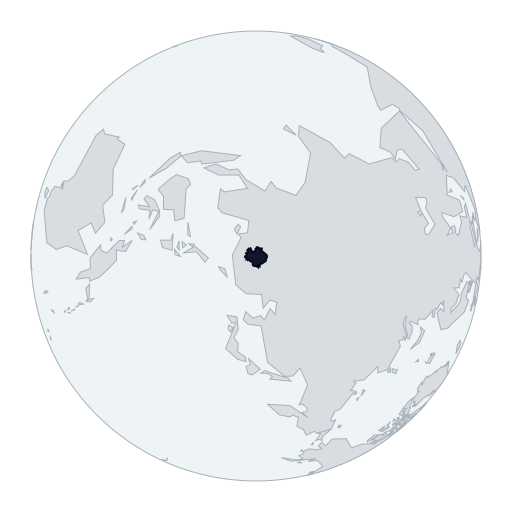 Hunan highlighted on a globe, orthographic projection, rotated 133°
{"feature_id": "CHN-1808", "entity_name": "Hunan", "entity_type": "Province", "adm_level": 1, "iso_a3": "CHN", "parent_name": "China", "parent_adm1": "", "projection": "orthographic", "projection_center": [111.592, 27.371], "detail": "fine", "context": "on_globe", "style": "filled", "palette": "ink", "viewbox_px": 512, "rotation_deg": 133, "n_neighbors": 0, "source": "natural_earth", "source_scale": "10m", "svg_char_len": 15581}
<svg xmlns="http://www.w3.org/2000/svg" viewBox="0 0 512 512"><g transform="rotate(133 256 256)"><circle cx="256" cy="256" r="225" fill="#eef3f6" stroke="#a8b0b8"/><path d="M457.3,348.0L457.0,349.2L456.8,349.5L457.3,348.0ZM383.6,70.4L380.9,68.6L380.7,68.4L383.6,70.4ZM377.6,66.3L376.2,65.5L376.7,66.1L378.0,67.2L364.4,63.6L363.5,71.3L370.7,78.0L363.2,73.8L382.0,90.2L386.3,100.0L376.8,86.5L372.3,83.4L372.9,88.5L368.4,86.5L366.1,88.0L360.6,85.4L355.5,78.4L351.9,76.8L352.5,80.6L347.5,80.9L347.1,75.5L338.2,75.6L328.0,65.4L331.3,55.4L321.0,50.0L312.2,41.0L308.4,40.7L302.7,38.0L296.2,36.8L296.4,36.1L291.1,35.8L292.1,36.8L290.1,37.1L286.3,36.7L286.0,35.5L287.8,35.5L285.7,35.0L287.2,34.7L284.3,34.6L284.3,33.6L278.8,34.1L274.2,32.9L275.7,32.4L282.7,33.1L303.7,35.9L305.4,36.2L320.6,40.2L335.5,45.2L350.0,51.3L364.0,58.3L377.6,66.3ZM273.6,31.4L271.6,31.3L273.6,31.4ZM468.9,186.5L467.1,182.4L467.9,183.1L468.9,186.5ZM466.2,181.2L466.8,182.3L466.3,181.7L466.2,181.2ZM466.0,181.6L466.1,181.4L466.1,182.2L466.0,181.6ZM465.9,182.8L465.8,182.0L465.9,182.3L465.9,182.8ZM465.0,183.2L464.7,183.2L464.5,182.0L465.0,183.2ZM379.3,68.2L377.2,66.4L378.4,66.9L380.7,68.5L379.3,68.2ZM376.3,68.5L374.0,66.7L378.8,68.9L378.6,69.2L376.3,68.5ZM376.9,83.7L376.0,81.0L378.4,84.4L376.9,83.7ZM366.7,88.7L368.4,90.2L366.5,90.5L366.7,88.7ZM279.9,32.0L282.6,32.3L284.0,32.5L282.3,32.3L279.9,32.0ZM356.4,86.9L352.8,87.1L355.6,85.6L356.4,86.9ZM276.2,31.7L286.0,32.8L288.4,33.2L283.8,33.0L276.2,31.7ZM350.2,86.4L341.6,87.6L344.6,90.8L331.2,83.0L342.9,84.2L345.9,81.7L346.8,84.5L350.2,86.4ZM294.0,37.3L292.8,36.3L297.3,37.6L294.0,37.3ZM297.4,38.2L314.2,43.0L314.2,44.7L308.6,42.5L311.4,45.6L303.1,44.0L299.8,42.0L301.4,41.1L297.0,41.3L297.4,38.2ZM325.2,78.7L322.3,78.2L324.3,77.5L325.2,78.7ZM289.6,37.4L293.0,38.0L293.3,39.5L286.5,38.6L288.6,38.4L289.6,37.4ZM316.1,47.4L315.1,48.6L308.2,47.5L306.9,47.9L302.9,44.2L316.1,47.4ZM286.6,37.8L283.1,38.1L279.6,37.1L286.3,36.9L286.6,37.8ZM296.2,40.4L296.0,41.2L293.9,40.4L296.2,40.4ZM265.1,34.6L269.1,34.9L269.6,35.6L265.1,34.6ZM282.0,38.3L283.2,38.7L283.9,39.1L280.9,39.2L282.0,38.3ZM298.3,43.9L295.6,43.3L299.6,45.3L294.5,45.0L292.8,42.6L291.4,43.5L289.9,43.4L290.2,41.7L298.3,43.9ZM279.8,40.7L275.9,38.2L268.2,37.2L267.6,36.4L280.0,38.2L279.8,40.7ZM285.9,41.4L281.9,40.7L283.1,39.9L286.6,39.8L285.9,41.4ZM291.7,45.7L299.9,46.8L300.0,47.3L291.7,45.7ZM277.3,40.5L278.3,41.2L276.6,40.5L277.3,40.5ZM287.0,44.2L289.9,44.4L289.9,45.0L287.0,44.2ZM277.9,42.4L276.6,41.5L278.9,41.3L277.9,42.4ZM281.9,43.3L281.2,44.1L280.5,41.8L283.2,43.3L281.9,43.3ZM286.6,44.7L287.5,45.1L285.4,44.5L286.6,44.7ZM269.9,43.9L268.5,41.1L273.5,40.6L274.3,43.3L269.9,43.9ZM86.0,108.2L80.9,117.4L78.9,120.8L72.4,128.0L61.6,151.3L66.7,147.4L64.2,164.7L67.2,171.8L81.1,157.5L76.3,145.3L82.6,135.2L92.2,138.0L97.5,149.8L100.1,146.4L102.8,132.9L110.2,130.2L104.5,128.0L102.3,132.9L98.6,131.9L100.5,127.5L103.0,126.5L103.1,122.0L91.0,128.7L87.5,134.4L84.1,128.1L77.8,137.3L74.7,138.6L84.2,123.7L88.0,120.1L100.5,102.1L96.2,105.2L84.1,122.7L85.1,119.7L79.3,125.1L84.5,118.7L98.9,99.8L99.9,95.4L91.4,102.2L112.9,82.0L106.9,87.9L111.8,84.2L122.5,75.6L119.2,78.9L122.6,76.6L120.5,79.5L126.5,78.0L125.8,80.8L136.8,75.3L137.9,76.3L131.1,79.0L125.9,82.9L125.0,91.2L127.4,91.4L134.7,87.4L133.5,90.7L140.7,85.8L144.4,89.5L145.8,81.3L154.4,77.4L161.4,77.4L164.5,74.9L153.1,75.0L148.3,76.6L143.8,80.1L131.0,84.2L129.4,82.5L143.8,73.4L143.1,70.4L154.5,65.5L178.3,66.7L183.8,70.5L174.6,84.5L168.3,85.4L168.5,80.6L160.3,88.6L164.8,86.2L163.8,89.2L171.8,87.0L171.5,89.1L179.6,83.9L180.1,86.2L175.0,89.5L187.2,89.3L190.6,93.9L193.5,93.0L195.7,90.6L198.6,98.6L200.6,97.6L200.4,94.5L204.3,90.7L212.3,87.2L212.9,90.1L210.1,91.8L205.0,100.0L197.5,104.5L198.5,105.4L205.2,102.3L211.4,92.1L216.0,89.3L214.0,94.0L215.1,92.0L217.6,91.6L220.6,94.1L223.3,89.0L250.0,82.4L258.4,87.3L253.7,91.7L272.9,92.4L281.0,99.2L280.8,96.1L289.9,95.3L287.5,93.0L288.1,91.6L310.4,90.0L316.0,92.4L325.4,89.6L325.3,88.2L321.6,86.1L331.2,83.0L344.6,90.8L344.1,93.5L352.8,97.2L350.5,103.0L352.6,109.9L345.0,115.0L347.4,120.6L350.6,121.5L356.1,130.3L356.6,146.4L342.3,129.3L338.8,107.3L339.0,115.5L334.8,112.7L332.3,115.2L332.8,121.5L335.5,122.8L315.0,130.3L307.9,147.5L318.5,147.1L324.5,152.9L325.7,175.3L303.6,204.6L311.4,215.2L311.4,221.8L303.8,225.6L303.4,215.8L296.2,211.9L297.2,206.2L284.8,209.9L285.7,201.9L275.6,209.3L278.8,215.9L289.4,215.1L280.3,225.7L290.3,237.6L290.8,251.2L271.6,273.8L253.0,279.4L251.8,283.6L244.8,278.1L234.9,285.4L247.4,310.2L246.8,316.9L231.0,327.8L230.8,322.9L212.3,308.3L208.4,323.7L222.4,338.7L227.1,354.2L216.1,348.2L211.3,334.3L204.8,328.7L207.0,315.3L202.3,293.7L191.2,295.7L192.5,287.4L184.4,268.2L168.7,270.3L143.5,286.3L139.4,306.7L131.1,313.3L122.5,279.3L124.1,258.1L117.6,257.6L111.6,236.0L91.4,223.7L91.6,217.5L87.1,217.5L83.4,208.2L84.8,198.3L81.2,195.9L78.2,222.2L82.4,224.9L90.2,220.0L88.3,228.4L92.2,239.3L77.0,251.6L52.0,249.9L54.7,233.9L62.3,182.5L65.0,178.8L65.2,178.3L65.6,177.3L61.0,182.8L64.1,173.3L54.5,206.4L50.7,219.0L51.6,250.5L50.3,251.9L52.1,259.6L64.3,264.2L63.2,269.1L54.3,286.8L42.0,303.5L46.6,326.3L50.7,343.1L49.6,346.0L56.4,360.4L56.4,360.5L49.5,346.1L43.7,331.4L38.9,316.3L35.2,300.8L32.6,285.2L31.1,269.4L30.7,253.5L31.5,237.7L33.3,221.9L36.3,206.3L40.3,191.0L45.4,176.0L51.6,161.3L58.7,147.2L66.9,133.6L76.0,120.6L86.0,108.2ZM97.8,172.0L104.4,179.2L110.5,165.8L113.5,167.6L114.5,162.7L110.9,164.8L114.6,152.0L120.7,151.9L124.6,147.0L122.5,144.4L110.8,146.8L105.3,164.8L100.0,167.6L97.8,172.0ZM143.5,63.0L139.9,65.5L136.3,67.1L137.4,65.2L142.5,62.7L143.5,63.0ZM135.5,68.9L149.5,61.3L149.4,62.7L147.1,63.1L145.6,64.8L141.5,66.0L127.8,75.4L123.7,77.6L127.8,71.9L128.7,72.3L132.2,69.6L135.5,68.9ZM185.2,44.8L191.3,43.1L183.3,48.2L178.6,49.4L179.3,47.1L185.3,44.5L185.2,44.8ZM266.2,31.8L269.1,31.9L269.2,32.0L266.9,32.1L266.2,31.8ZM255.4,30.7L266.8,31.1L273.0,31.5L265.1,31.2L262.4,31.6L263.2,31.9L270.0,33.3L282.2,34.9L281.5,36.1L277.8,36.6L274.8,36.3L276.2,35.5L271.2,35.8L270.8,34.5L266.9,34.6L254.0,32.2L256.6,32.0L245.9,31.6L248.5,31.0L255.4,31.2L249.4,30.8L256.7,30.8L253.7,30.7L255.4,30.7ZM219.2,33.7L227.1,32.7L234.2,32.7L232.7,34.2L237.4,33.4L238.0,34.0L234.1,34.4L240.6,34.3L240.0,35.0L246.4,36.8L256.1,36.9L258.6,37.8L254.6,38.1L260.0,38.9L254.0,40.3L255.7,41.1L251.6,43.7L242.8,44.3L245.3,45.2L242.3,47.6L235.0,48.7L237.8,46.5L227.7,49.5L227.3,47.1L226.1,47.7L223.0,46.4L217.2,46.1L218.1,44.9L215.4,45.3L213.3,44.8L210.0,45.0L210.4,43.3L206.3,43.6L208.8,42.6L201.8,43.7L207.2,42.2L205.0,41.7L200.9,43.4L211.2,36.2L211.3,35.4L208.7,35.8L219.2,33.7ZM268.5,44.5L258.0,45.2L252.7,44.4L262.2,40.4L261.5,39.5L267.3,37.5L275.0,38.9L272.6,39.2L272.0,40.0L269.9,39.2L271.2,40.4L268.0,41.0L268.1,42.2L264.7,42.0L268.5,44.5ZM81.0,119.7L80.2,121.6L80.0,123.6L76.3,127.3L81.0,119.7ZM90.5,106.7L90.5,107.5L85.1,113.0L85.9,111.3L90.5,106.7ZM95.0,103.5L90.9,107.1L93.6,104.2L95.0,103.5ZM131.5,79.8L132.0,80.7L130.3,81.9L127.9,82.7L131.5,79.8ZM204.7,59.4L207.2,57.7L208.5,57.9L216.3,55.6L217.2,57.5L212.8,59.6L204.7,59.4ZM77.7,158.2L74.2,159.3L74.9,156.6L75.9,156.8L77.7,158.2ZM73.2,142.3L72.1,148.0L72.2,143.3L73.2,142.3ZM207.0,61.1L210.1,59.8L208.7,61.6L207.0,61.1ZM218.3,58.9L217.3,60.8L218.2,57.5L218.3,58.9ZM155.1,456.5L159.8,458.9L157.1,457.8L155.1,456.5ZM65.7,356.8L71.6,380.8L67.3,376.4L62.0,366.6L56.7,350.5L60.2,350.5L60.8,344.7L65.7,356.8ZM284.5,390.5L291.4,391.3L291.2,392.2L284.5,390.5ZM277.3,387.4L285.2,387.8L276.0,389.3L277.3,387.4ZM288.3,387.9L296.3,386.2L299.7,384.7L299.1,386.5L288.3,387.9ZM272.0,387.3L243.1,385.5L231.7,382.1L234.4,379.1L252.7,381.4L272.0,387.3ZM233.5,378.9L216.2,367.6L193.1,335.8L201.3,337.7L225.6,358.3L224.0,361.0L234.5,369.6L233.5,378.9ZM275.5,364.3L273.9,373.0L257.9,371.5L250.6,369.6L245.6,358.0L248.4,352.4L254.3,353.1L277.6,334.2L285.6,339.4L278.4,347.6L285.0,355.5L275.5,364.3ZM140.2,308.9L144.2,322.6L139.8,323.3L140.2,308.9ZM287.2,320.2L277.7,328.9L286.4,317.1L287.2,320.2ZM292.5,308.9L293.0,313.5L289.3,309.0L292.5,308.9ZM251.3,290.0L245.1,290.6L245.0,287.2L253.0,284.6L251.3,290.0ZM291.0,262.8L290.6,272.7L289.2,276.0L286.6,269.9L291.0,262.8ZM219.2,79.6L207.3,80.2L199.3,82.8L195.8,87.2L195.7,81.6L207.9,77.6L219.2,79.6ZM246.1,81.6L249.1,78.3L251.2,80.0L250.8,80.9L246.1,81.6ZM245.5,79.4L242.8,75.1L246.8,73.4L248.1,77.1L245.5,79.4ZM224.4,66.9L220.9,66.8L222.2,65.3L224.4,66.9ZM387.9,438.6L383.8,441.5L404.1,425.6L405.2,424.8L387.9,438.6ZM348.4,455.7L349.4,452.2L357.8,449.7L353.3,453.8L348.4,455.7ZM407.7,422.6L409.8,420.5L415.6,414.7L419.1,410.0L416.9,413.5L419.6,410.9L407.7,422.6ZM320.9,443.6L276.7,455.2L267.2,454.0L270.0,450.0L262.2,437.0L265.3,437.4L263.8,428.1L290.1,419.6L309.2,402.6L323.4,402.8L334.4,389.6L348.8,389.0L344.2,399.2L358.8,403.5L369.8,380.3L377.6,401.4L387.5,406.5L388.9,418.2L367.1,442.0L355.7,448.1L354.0,447.1L349.1,449.8L342.2,450.6L339.3,445.4L334.4,448.0L339.6,442.7L332.3,447.8L329.2,444.3L320.9,443.6ZM423.7,384.1L425.5,383.7L428.0,385.8L425.1,386.6L423.7,384.1ZM452.5,355.8L453.0,356.8L451.2,358.7L452.5,355.8ZM456.8,349.5L454.7,352.1L457.3,348.0L456.8,349.5ZM434.8,367.0L435.6,367.9L434.8,368.8L434.8,367.0ZM434.1,366.9L435.4,364.2L435.1,366.5L434.1,366.9ZM425.8,358.8L427.0,357.1L427.5,357.9L425.8,358.8ZM301.6,391.3L311.3,384.6L316.5,383.8L301.6,391.3ZM424.2,356.9L421.2,357.8L421.5,356.4L424.2,356.9ZM424.5,353.9L424.2,352.2L425.9,355.7L424.5,353.9ZM418.8,351.9L422.4,353.8L418.4,352.4L418.8,351.9ZM416.6,353.0L413.9,352.4L414.1,351.8L416.6,353.0ZM385.5,363.3L395.7,371.8L387.4,373.3L378.1,368.5L370.6,376.0L353.8,377.3L357.7,373.0L355.5,367.2L338.0,366.5L334.4,362.8L340.7,359.6L329.1,357.2L341.8,354.5L347.0,362.3L354.2,355.1L366.5,355.2L378.4,356.1L387.8,360.5L385.5,363.3ZM341.8,372.5L344.0,372.3L342.0,374.9L341.8,372.5ZM408.8,349.5L412.7,352.3L412.2,353.4L410.3,353.3L408.8,349.5ZM390.0,358.6L400.3,349.7L402.6,349.3L395.8,358.4L390.0,358.6ZM397.8,345.9L402.5,345.8L405.0,349.0L404.0,350.2L397.8,345.9ZM315.8,366.6L315.3,368.9L311.9,367.3L315.8,366.6ZM320.1,365.1L330.1,367.0L319.1,367.1L320.1,365.1ZM289.7,357.6L292.6,363.1L301.9,359.5L294.8,364.6L301.1,373.5L298.9,376.8L292.7,367.3L290.5,377.1L286.3,376.9L284.1,368.4L288.3,358.0L292.4,353.6L309.1,351.7L289.7,357.6ZM320.0,358.4L317.4,352.1L319.3,347.7L322.2,351.0L320.0,358.4ZM309.5,336.6L302.5,329.1L296.1,332.0L309.0,321.2L313.6,330.2L309.5,336.6ZM303.6,319.8L297.6,322.5L303.8,316.2L303.6,319.8ZM296.0,319.9L295.4,314.5L300.1,315.2L296.0,319.9ZM306.7,320.1L307.8,310.8L310.2,316.2L306.7,320.1ZM293.4,302.3L303.5,311.3L290.4,307.4L289.9,289.5L295.5,289.1L293.4,302.3ZM325.2,229.0L323.9,223.9L329.0,222.6L328.5,226.5L325.2,229.0ZM344.4,215.2L329.9,220.6L318.1,225.6L321.8,227.9L319.1,236.7L313.6,228.6L321.9,218.8L330.8,216.7L332.1,209.3L338.6,204.2L337.1,195.2L340.0,191.2L344.1,198.9L344.4,215.2ZM336.1,191.4L335.8,175.8L345.4,177.6L347.6,181.5L343.7,187.7L338.9,186.3L336.1,191.4ZM338.5,172.7L333.8,171.3L323.5,149.1L323.7,145.1L336.7,162.0L332.9,161.8L333.8,167.2L338.5,172.7ZM323.2,79.8L322.4,78.3L324.8,79.5L323.2,79.8ZM286.5,90.4L287.8,88.6L290.5,89.8L286.5,90.4ZM292.6,84.6L288.7,84.4L292.6,83.4L292.6,84.6ZM279.9,84.5L287.0,83.8L280.6,86.3L279.9,84.5Z" fill="#d9dde1" stroke="#a8b0b8" stroke-width="1"/><path d="M247.9,251.6L248.0,251.2L247.8,251.0L248.0,250.8L248.0,250.7L247.9,250.4L247.9,250.0L248.0,249.5L248.1,249.4L247.8,249.1L248.0,248.8L248.0,248.6L248.3,248.4L248.2,248.1L248.4,248.0L248.4,247.8L248.5,247.7L248.6,247.4L248.9,247.3L249.0,247.2L249.4,247.2L249.5,247.2L249.7,246.8L249.8,246.7L250.9,246.5L251.3,246.6L251.5,246.9L251.8,247.0L252.0,246.9L252.0,246.7L252.2,246.8L252.3,246.8L252.5,246.6L252.5,246.4L252.4,246.3L252.3,246.2L252.2,246.0L252.2,245.8L252.3,245.7L252.2,245.6L252.3,245.5L252.5,245.4L252.7,245.5L253.0,245.6L253.1,245.3L253.8,245.4L254.2,245.4L254.8,245.5L255.2,245.8L255.3,246.0L255.6,245.9L256.0,246.0L256.3,246.1L256.6,246.0L256.9,246.2L257.1,246.2L257.8,246.8L258.0,247.1L258.1,246.9L258.2,247.1L258.3,247.3L258.4,247.5L258.6,247.3L258.9,247.1L259.1,247.1L259.3,247.1L259.7,247.1L259.8,246.9L260.0,246.9L260.1,246.7L260.4,246.5L260.5,246.6L260.6,246.8L260.8,246.5L260.8,246.8L260.6,247.0L260.6,247.7L260.8,247.5L261.0,247.6L261.0,247.8L261.1,247.7L261.3,247.7L261.5,247.5L262.2,246.5L262.3,246.5L262.6,246.2L262.8,246.1L262.7,246.6L262.6,246.8L262.9,246.8L263.0,246.9L263.1,247.2L263.1,247.4L263.3,247.6L263.3,247.8L263.2,247.9L263.1,248.0L262.9,248.2L262.8,248.4L262.8,248.5L263.0,248.7L263.1,249.0L263.3,249.2L263.5,249.0L263.8,249.2L263.9,249.3L263.9,249.6L264.0,249.7L264.2,249.8L264.3,249.8L264.4,250.0L264.7,250.2L264.8,250.3L264.7,250.6L264.7,251.0L264.7,251.4L264.9,251.4L264.9,251.7L265.1,251.8L265.1,252.0L264.9,252.3L264.7,252.4L264.6,252.6L264.4,252.7L264.4,253.1L264.1,253.4L263.7,253.4L263.6,253.5L263.4,253.6L263.4,254.1L263.0,254.6L262.9,255.1L262.9,255.3L263.0,255.9L263.0,256.0L263.3,256.1L263.5,256.0L263.6,255.9L263.9,256.0L263.9,256.3L263.8,256.5L263.6,256.8L263.6,257.0L263.8,257.2L263.9,257.3L264.0,257.5L264.0,257.9L263.9,258.1L264.0,258.7L264.1,258.8L264.3,258.9L264.5,259.0L264.8,259.0L264.7,259.5L264.5,260.2L264.3,260.5L264.2,260.6L264.4,260.7L264.5,260.6L264.9,260.5L265.0,260.4L265.2,260.5L265.3,260.6L265.2,260.6L264.9,260.8L264.7,261.0L264.6,261.6L264.4,261.9L264.3,262.1L264.2,262.3L264.2,262.6L264.4,262.8L264.5,263.0L264.3,263.2L264.3,263.5L264.1,263.5L264.0,263.8L263.9,263.9L263.7,263.9L263.0,264.0L263.0,263.9L262.9,263.7L262.7,263.8L262.4,263.7L262.1,263.4L262.0,263.2L261.7,263.3L261.2,263.7L261.0,263.8L260.8,263.9L260.7,264.0L260.5,263.9L260.5,264.0L260.6,264.3L260.9,264.3L261.1,264.3L261.0,264.5L260.9,264.6L260.9,264.9L260.9,265.1L261.0,265.4L260.8,265.5L260.6,265.5L260.3,265.5L260.0,265.3L259.9,265.2L259.7,264.8L259.4,264.8L259.1,264.7L258.8,264.7L258.6,264.6L258.4,264.6L258.2,264.5L257.9,265.5L258.0,265.6L258.0,266.2L257.8,266.1L257.7,266.1L257.5,266.3L257.4,266.4L257.2,266.2L256.7,266.3L256.3,266.2L256.2,266.3L256.1,266.5L255.9,266.5L255.7,266.7L255.4,266.6L255.5,266.3L255.6,266.1L255.5,265.9L255.4,265.5L255.5,265.2L255.4,265.1L255.4,264.9L255.2,264.8L254.9,264.7L254.8,264.8L254.5,265.1L254.3,265.1L254.2,265.5L253.9,265.6L253.7,265.2L253.9,264.7L254.1,264.6L254.3,264.4L254.3,264.2L254.5,263.9L254.8,263.8L254.9,263.6L255.0,263.3L255.1,263.0L255.0,262.8L255.0,262.6L255.2,262.4L255.4,262.2L255.6,261.8L255.5,261.7L255.4,261.7L255.0,261.7L255.0,261.8L254.9,261.9L254.6,261.7L254.7,261.1L254.8,260.6L254.9,260.4L254.7,260.3L254.3,260.2L253.9,260.0L253.7,259.8L253.6,260.2L253.5,260.3L252.9,260.3L252.8,260.2L252.4,260.0L252.3,260.3L252.3,260.5L252.1,260.7L251.8,260.7L251.6,260.9L251.4,261.3L251.2,261.4L251.0,261.2L250.9,261.2L250.5,261.2L250.6,260.9L250.5,260.7L250.4,260.7L250.1,260.6L249.8,261.1L249.6,261.2L249.6,261.3L249.6,261.6L249.4,261.8L249.2,261.8L249.2,261.7L249.2,261.4L249.0,261.2L248.8,261.2L248.7,261.2L248.4,260.9L248.3,260.6L248.2,260.5L248.2,260.4L248.3,260.3L248.0,260.2L247.9,260.1L248.0,259.6L248.2,259.3L248.3,259.2L248.2,258.8L248.1,258.7L247.9,258.6L248.1,258.4L248.3,258.4L248.7,258.0L248.7,257.9L248.6,257.6L248.7,257.3L248.7,257.2L248.5,256.9L248.3,256.8L248.1,256.8L247.9,256.9L247.7,256.8L247.5,257.0L247.4,257.1L247.4,256.8L247.0,257.0L246.8,257.1L246.8,257.3L246.6,257.3L246.3,257.1L246.2,257.0L246.2,256.9L246.4,256.9L246.5,256.8L246.6,256.6L246.8,256.4L247.0,256.3L247.4,255.9L247.6,255.7L247.8,255.7L248.1,255.4L248.4,255.2L248.5,255.1L248.5,254.8L248.4,254.6L248.2,254.4L248.1,254.1L248.1,253.9L248.2,253.7L248.3,253.4L248.3,253.2L248.2,253.2L248.1,253.3L248.0,253.2L248.2,252.6L248.3,252.5L248.2,252.4L247.9,252.2L248.0,251.9L247.9,251.6Z" fill="#0f172a" stroke="#020617" stroke-width="1.5"/></g></svg>